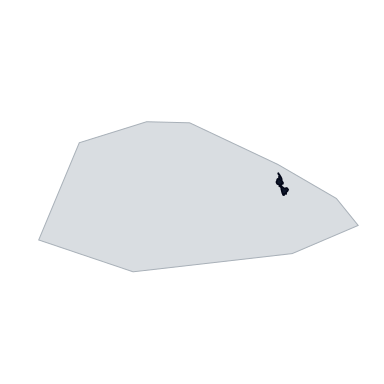 Morne Dudon, Castries, Saint Lucia (highlighted), rotated 81°
{"feature_id": "8701671B250084574474", "entity_name": "Morne Dudon", "entity_type": "district", "adm_level": 2, "iso_a3": "LCA", "parent_name": "Saint Lucia", "parent_adm1": "Castries", "projection": "mercator", "projection_center": [-60.965, 14.012], "detail": "fine", "context": "in_parent", "style": "filled", "palette": "ink", "viewbox_px": 384, "rotation_deg": 81, "n_neighbors": 0, "source": "geoboundaries", "source_scale": "gbopen_adm2", "svg_char_len": 2088}
<svg xmlns="http://www.w3.org/2000/svg" viewBox="0 0 384 384"><g transform="rotate(81 192 192)"><path d="M261.6,262.7L215.4,350.9L125.7,295.6L115.5,225.8L123.3,183.5L178.3,102.8L221.0,50.4L251.0,33.1L268.5,102.7L261.6,262.7Z" fill="#d9dde1" stroke="#a8b0b8" stroke-width="1"/><path d="M199.8,104.8L200.4,104.2L200.5,104.1L200.8,103.8L201.1,103.6L201.3,103.4L203.1,103.3L203.3,103.3L203.5,103.4L203.8,103.4L204.0,103.3L204.3,103.2L204.5,103.2L204.8,103.2L205.0,103.1L205.3,103.1L205.5,103.2L206.0,103.2L206.3,103.1L206.6,103.0L206.9,103.0L207.2,103.0L207.4,103.0L207.7,102.8L208.0,102.6L208.5,102.7L208.8,102.6L209.0,102.5L209.1,102.4L209.3,102.4L209.4,102.2L209.5,102.0L209.5,101.9L209.5,101.7L209.4,101.7L209.2,101.4L208.9,101.4L208.7,101.2L208.4,101.1L208.2,101.0L208.2,100.9L208.1,100.7L208.2,100.4L208.3,100.3L208.3,100.2L208.5,100.1L208.5,99.9L208.5,99.7L208.7,99.4L208.5,99.2L208.4,99.2L208.2,99.2L208.2,99.3L207.9,99.4L207.7,99.4L207.5,99.2L206.4,98.2L206.2,98.2L206.1,97.9L206.1,97.6L205.9,97.5L205.7,97.2L204.7,96.6L204.3,96.9L203.7,97.0L203.4,97.3L202.8,97.7L202.8,98.4L202.8,98.7L202.8,98.9L203.0,99.2L203.4,99.5L201.9,101.3L201.2,101.8L200.7,102.5L200.6,102.9L200.1,103.9L199.8,103.9L199.5,103.8L199.2,103.7L199.1,102.5L198.1,102.4L197.7,102.1L198.2,101.7L198.1,100.9L197.1,100.6L194.9,101.5L194.5,102.1L194.2,101.8L194.0,101.6L193.9,101.4L193.4,101.4L192.5,101.4L191.5,101.8L191.3,101.8L191.0,101.9L190.5,102.1L190.1,102.3L188.3,103.0L188.1,103.2L187.9,103.4L187.8,103.5L187.7,103.5L187.4,103.6L187.1,103.6L186.9,103.7L186.9,103.9L187.0,104.0L187.2,103.9L187.4,103.9L187.8,103.9L188.3,103.8L188.4,103.7L188.6,103.5L188.9,103.3L189.2,103.2L189.6,103.1L190.0,103.3L190.2,103.5L190.3,103.6L190.5,103.8L190.9,103.9L191.5,103.8L191.9,103.8L192.4,103.9L192.8,103.8L193.1,103.8L192.8,104.5L192.5,104.9L192.4,105.2L192.5,105.5L192.9,105.9L193.3,106.0L193.5,106.2L194.4,106.4L195.2,107.1L195.5,107.1L195.8,107.1L196.2,107.0L196.6,106.9L197.2,106.7L197.5,106.4L198.0,105.6L198.1,105.3L198.9,104.1L199.6,104.4L199.8,104.8Z" fill="#0f172a" stroke="#020617" stroke-width="1.5"/></g></svg>